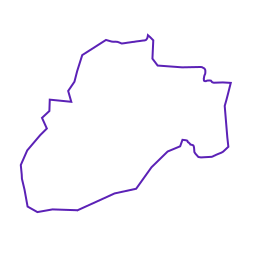 Jargalant, Töv, Mongolia (Robinson projection), rotated 277°
{"feature_id": "93677404B67634145299638", "entity_name": "Jargalant", "entity_type": "district", "adm_level": 2, "iso_a3": "MNG", "parent_name": "Mongolia", "parent_adm1": "Töv", "projection": "robinson", "projection_center": [105.903, 48.555], "detail": "fine", "context": "isolated", "style": "outline", "palette": "violet", "viewbox_px": 256, "rotation_deg": 277, "n_neighbors": 0, "source": "geoboundaries", "source_scale": "gbopen_adm2", "svg_char_len": 1800}
<svg xmlns="http://www.w3.org/2000/svg" viewBox="0 0 256 256"><g transform="rotate(277 128 128)"><path d="M185.3,224.5L184.8,216.6L183.4,207.7L183.6,206.4L183.8,205.8L184.3,205.4L184.7,204.9L185.1,204.5L185.1,203.2L184.7,200.8L184.0,199.6L183.9,198.7L184.0,198.0L184.4,197.6L185.2,197.4L185.7,197.4L186.2,197.2L187.1,197.3L188.1,197.3L189.1,197.4L190.3,197.7L191.1,198.0L192.4,198.0L194.2,197.8L195.2,197.5L196.0,196.9L196.4,196.4L196.7,195.9L196.8,195.5L196.9,195.2L197.1,194.7L197.4,194.0L197.4,192.6L194.8,174.3L193.6,149.8L199.8,143.8L218.1,142.4L220.8,139.0L222.5,136.5L222.1,136.5L221.7,136.4L221.1,136.4L220.2,136.3L219.3,136.1L218.5,135.7L218.0,135.4L217.7,135.2L217.3,134.6L217.1,134.1L216.9,133.6L216.6,132.1L216.3,131.0L216.0,129.9L215.5,128.0L215.1,126.3L214.7,124.9L214.5,124.2L214.2,123.4L214.1,122.7L213.9,121.8L213.6,120.8L213.1,119.0L212.7,117.4L212.0,115.0L211.6,113.5L211.2,111.9L211.1,111.3L211.5,110.0L211.9,108.5L212.2,107.1L212.1,104.7L211.9,103.7L211.8,102.2L211.8,101.3L212.7,95.4L194.8,73.7L178.2,70.6L167.4,69.2L157.5,64.1L147.1,68.5L146.6,46.9L135.3,47.9L127.6,41.4L117.6,47.5L110.2,41.7L93.5,30.7L78.2,26.1L68.8,28.2L64.7,28.9L54.2,32.8L37.8,37.9L33.5,48.3L38.0,63.0L40.2,87.7L40.1,87.8L61.4,122.6L68.7,143.5L91.9,156.1L109.5,170.2L116.2,182.0L122.9,183.5L122.9,187.0L122.6,188.4L122.1,188.7L121.5,189.0L121.2,189.3L121.1,189.8L120.7,190.3L120.2,191.0L119.8,191.5L119.5,191.7L119.2,191.9L119.1,193.0L118.9,194.4L118.6,195.0L117.8,195.5L116.3,196.0L112.3,196.8L111.6,197.3L110.5,198.3L107.8,201.4L107.7,204.0L109.6,214.6L109.9,215.2L110.3,215.9L110.6,216.4L111.0,216.9L111.3,217.5L112.1,218.7L113.2,220.6L113.7,221.5L114.9,223.7L116.1,225.3L121.6,229.9L130.9,227.7L161.7,221.3L167.5,222.2L173.4,223.0L185.3,224.5Z" fill="none" stroke="#5b21b6" stroke-width="2"/></g></svg>